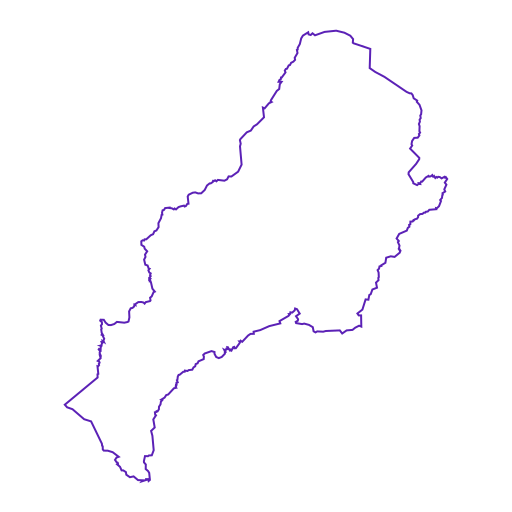 the district of Ogan Komering Ulu Timur, Sumatera Selatan, Indonesia
{"feature_id": "22746128B29719145941035", "entity_name": "Ogan Komering Ulu Timur", "entity_type": "district", "adm_level": 2, "iso_a3": "IDN", "parent_name": "Indonesia", "parent_adm1": "Sumatera Selatan", "projection": "orthographic", "projection_center": [104.552, -4.106], "detail": "fine", "context": "isolated", "style": "outline", "palette": "violet", "viewbox_px": 512, "rotation_deg": 0, "n_neighbors": 0, "source": "geoboundaries", "source_scale": "gbopen_adm2", "svg_char_len": 6049}
<svg xmlns="http://www.w3.org/2000/svg" viewBox="0 0 512 512"><path d="M308.2,32.3L302.9,35.6L301.2,38.4L299.8,44.1L297.7,47.8L297.7,49.5L296.9,49.9L297.5,53.0L294.7,57.8L295.1,59.8L293.3,61.7L291.1,62.8L290.0,65.0L288.7,65.4L287.0,68.7L285.8,69.0L284.8,70.6L285.5,72.4L281.7,77.5L281.0,77.5L280.7,79.5L279.5,79.9L278.6,81.8L281.5,81.9L279.8,84.2L279.2,89.0L276.8,90.9L271.0,100.1L270.6,101.3L271.6,102.0L268.9,103.3L264.6,108.4L262.9,107.6L264.0,117.3L256.9,124.4L253.7,126.4L250.8,130.6L246.8,132.3L240.4,139.1L239.9,140.1L240.7,143.7L240.0,146.3L241.6,164.6L238.1,171.7L231.4,176.5L228.6,176.4L227.1,179.3L224.4,180.7L217.9,179.9L216.4,181.3L215.1,180.3L214.4,180.9L213.1,180.8L212.8,182.0L210.7,183.4L209.6,183.4L207.0,185.5L204.7,190.0L201.2,193.3L198.1,193.4L195.3,192.4L192.8,192.7L188.7,194.7L187.7,196.5L188.5,203.7L187.3,203.9L185.8,206.1L184.6,206.5L184.0,205.6L180.5,206.4L178.5,207.1L176.0,209.4L174.6,208.5L173.8,209.4L171.8,208.3L169.3,208.0L169.4,207.6L165.1,208.1L164.0,209.9L162.6,210.3L162.0,212.9L162.4,214.6L161.6,214.9L161.0,218.2L158.4,223.2L158.6,227.1L156.4,230.5L154.4,231.3L153.1,234.2L150.8,235.2L146.3,239.3L144.6,239.3L144.1,240.5L142.6,240.3L141.3,241.3L141.4,244.9L144.2,246.7L144.7,248.7L147.2,251.3L145.0,254.6L145.5,256.9L144.1,259.6L145.3,264.7L147.6,265.5L148.7,268.6L149.5,268.8L148.4,270.3L149.3,272.5L150.7,273.4L150.0,275.2L150.7,276.1L149.5,277.5L150.0,278.1L149.2,278.1L149.2,280.0L150.0,279.8L149.9,281.3L150.5,281.2L151.0,282.5L152.4,288.7L154.8,291.6L153.6,292.1L151.7,296.4L150.1,297.7L150.5,300.5L150.0,301.1L145.8,302.1L144.6,303.6L143.5,302.5L141.3,302.0L138.3,302.1L135.2,304.2L135.4,305.0L134.4,304.5L134.1,306.5L132.5,307.9L130.7,308.3L129.1,311.4L129.4,317.4L128.5,321.5L127.6,322.0L124.3,322.7L116.9,321.9L114.3,324.0L110.9,325.1L108.4,325.0L105.6,322.6L103.8,319.8L100.6,319.7L100.2,320.7L101.9,322.1L102.0,324.2L100.9,325.6L101.7,328.7L101.2,329.4L101.7,332.8L102.5,334.2L102.0,334.0L101.6,334.8L102.4,335.2L104.2,338.7L103.4,340.8L103.9,341.9L102.5,341.0L102.7,342.2L101.6,342.1L102.1,343.3L101.2,345.5L100.3,345.7L101.4,346.1L100.7,347.3L100.6,350.2L99.0,349.0L98.7,349.4L100.1,351.2L99.6,353.0L100.8,355.9L100.7,356.7L100.1,356.3L100.6,358.2L97.8,360.9L99.2,361.6L99.6,362.7L98.8,363.9L99.1,365.1L98.0,366.5L97.5,366.3L98.3,373.9L97.5,374.3L97.6,377.5L64.8,404.7L67.1,407.3L72.5,409.2L84.1,419.2L91.1,421.4L101.9,443.7L102.1,445.7L102.7,446.3L102.8,449.5L103.8,450.6L107.8,450.7L112.7,452.2L118.7,456.8L116.5,457.6L115.0,459.9L116.6,462.2L117.7,462.7L118.0,463.8L117.1,464.3L120.0,466.8L121.6,470.4L123.3,470.4L125.9,472.1L126.3,474.7L129.9,477.2L133.6,476.4L138.0,480.1L142.8,480.3L142.0,481.3L146.1,480.0L146.1,479.1L147.5,479.1L148.0,479.9L148.5,479.4L148.7,480.9L149.9,479.9L149.2,472.9L148.1,471.1L145.7,469.0L145.8,464.5L144.0,462.4L143.9,461.2L145.0,456.1L148.0,456.2L148.8,455.5L151.8,455.3L153.7,450.2L152.4,435.8L151.1,430.9L154.7,427.5L153.3,419.4L156.0,415.3L155.2,414.7L154.9,412.3L156.5,411.9L156.6,411.2L157.6,411.3L158.9,409.3L159.0,406.7L160.5,404.4L160.9,401.7L162.2,400.2L161.2,399.7L164.6,397.6L166.2,395.1L168.2,394.5L173.9,388.3L176.0,387.8L175.6,387.4L175.9,385.3L176.3,385.6L176.6,384.7L176.5,382.7L177.7,382.3L176.9,380.2L177.4,379.8L177.8,376.5L178.6,374.9L179.6,374.8L183.2,371.8L184.7,371.7L184.9,370.6L187.5,371.0L188.7,370.1L192.3,369.7L193.5,367.4L195.2,366.3L195.7,364.1L197.6,363.3L198.5,361.3L203.7,359.1L203.9,356.6L203.2,355.0L204.7,353.5L211.5,351.1L214.5,352.0L214.5,353.8L216.2,357.0L218.8,358.1L221.7,357.0L224.9,353.7L224.8,352.4L225.4,352.2L224.2,349.8L225.5,350.5L225.5,349.7L227.0,349.2L226.6,348.4L227.7,347.8L227.5,347.2L228.0,347.3L228.8,349.1L230.2,349.4L229.5,349.9L230.0,350.6L230.9,349.9L231.5,350.5L233.2,347.2L234.2,346.9L234.5,348.3L235.9,348.2L239.6,343.1L240.0,342.2L239.4,341.4L240.5,341.4L240.7,340.8L242.2,341.8L248.1,335.5L250.5,333.9L253.8,333.8L253.6,331.7L260.2,330.1L269.3,326.1L280.3,323.4L279.5,321.1L288.5,315.9L289.4,314.8L288.9,314.0L290.2,313.8L290.4,312.3L292.2,312.6L294.7,310.4L295.1,308.5L297.0,309.2L299.7,313.6L296.0,316.2L298.1,319.2L297.8,320.7L295.7,321.9L296.1,323.1L302.1,324.1L304.2,323.6L309.0,324.9L312.8,327.2L313.6,331.3L315.5,332.4L317.2,331.4L323.2,331.7L325.8,331.0L339.8,330.4L342.2,333.5L346.6,330.4L352.5,329.9L355.2,327.7L359.1,325.7L361.3,326.6L361.1,315.4L358.7,315.4L357.4,313.5L362.4,309.6L365.6,299.4L368.4,299.7L369.3,295.0L370.7,294.2L372.4,289.5L377.0,287.7L376.0,282.6L378.5,280.2L378.3,277.9L378.8,277.1L378.6,272.5L377.6,270.1L379.0,268.7L379.5,266.4L380.8,266.1L380.1,265.4L380.6,265.7L385.4,262.8L386.2,257.7L390.8,256.3L394.6,256.9L399.8,252.6L400.1,251.0L399.4,249.9L400.0,250.0L399.0,248.3L399.5,245.6L397.9,242.1L398.8,241.0L396.6,238.5L399.2,233.9L406.8,230.6L407.8,227.9L409.4,226.7L409.1,224.9L410.3,224.3L410.4,221.6L412.6,221.5L413.4,220.2L413.8,220.5L414.9,219.3L417.0,218.7L418.1,217.2L418.1,215.7L420.1,214.1L422.5,213.9L423.8,212.7L425.3,212.6L425.7,211.8L427.8,211.5L429.3,209.8L436.3,209.2L436.1,208.1L436.8,208.3L439.0,206.2L441.0,201.0L440.2,200.0L442.0,197.9L442.3,195.1L442.8,194.7L442.5,193.2L445.2,191.5L444.3,189.3L446.4,184.7L444.8,182.6L447.2,179.0L445.8,177.1L445.1,177.7L444.5,176.8L441.6,178.4L439.9,177.1L438.2,176.8L437.3,177.6L436.4,177.0L435.3,178.0L434.2,176.2L433.8,176.8L432.9,176.6L432.3,175.1L430.6,176.4L428.9,176.6L428.5,175.9L425.8,177.5L422.2,181.6L421.2,181.5L420.2,183.3L419.2,183.2L419.8,184.0L418.5,183.9L417.1,185.1L413.3,183.3L413.2,182.0L408.5,174.2L408.7,172.3L416.1,163.9L419.2,159.2L419.3,157.9L410.1,148.6L412.2,145.5L411.5,144.2L412.1,141.0L414.2,137.9L417.7,137.7L419.4,135.4L418.9,134.0L420.1,132.6L419.4,131.2L419.6,126.2L418.9,124.0L419.9,121.7L419.6,119.7L420.7,118.1L420.3,115.5L421.1,114.3L421.5,110.4L419.5,104.8L416.8,101.8L417.2,100.6L413.7,98.3L412.7,95.1L411.4,93.4L409.7,93.3L406.6,91.9L384.5,76.9L375.3,72.0L369.7,68.1L370.3,48.9L353.6,43.3L352.8,42.7L353.1,39.1L350.3,35.7L344.4,32.7L336.2,30.7L324.6,31.9L315.0,35.3L312.5,33.3L310.7,35.0L308.6,34.4L308.2,32.3Z" fill="none" stroke="#5b21b6" stroke-width="2"/></svg>